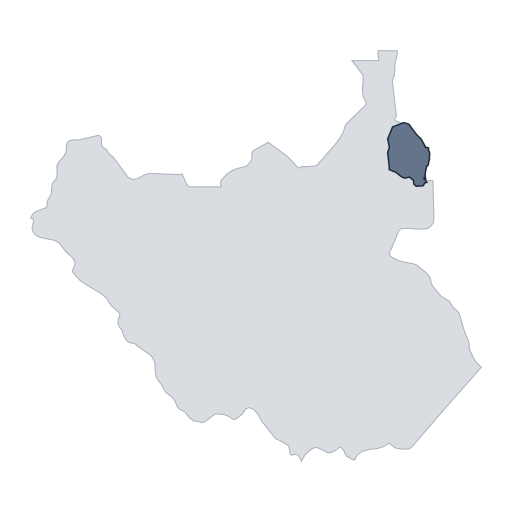 Maban, Upper Nile, South Sudan shown in context
{"feature_id": "79223893B87220542132951", "entity_name": "Maban", "entity_type": "district", "adm_level": 2, "iso_a3": "SSD", "parent_name": "South Sudan", "parent_adm1": "Upper Nile", "projection": "natural_earth1", "projection_center": [33.834, 10.017], "detail": "fine", "context": "in_parent", "style": "filled", "palette": "slate", "viewbox_px": 512, "rotation_deg": 0, "n_neighbors": 0, "source": "geoboundaries", "source_scale": "gbopen_adm2", "svg_char_len": 5233}
<svg xmlns="http://www.w3.org/2000/svg" viewBox="0 0 512 512"><path d="M428.8,427.2L412.3,446.4L411.1,447.5L409.1,449.0L402.4,449.1L395.4,448.1L389.1,443.2L382.6,447.0L378.5,448.2L376.1,448.7L370.3,449.3L362.2,451.3L358.5,453.9L356.6,456.0L354.9,459.7L354.1,460.1L352.6,459.7L350.5,458.2L346.2,456.0L344.0,451.2L342.0,448.3L340.4,446.8L333.5,451.6L330.2,452.7L327.4,452.6L322.5,449.9L317.0,447.6L314.1,447.6L309.9,450.5L305.1,454.7L302.6,459.0L301.4,461.5L299.7,457.6L298.1,455.2L295.8,454.3L291.2,455.2L290.0,453.9L289.8,450.6L289.1,447.5L288.0,445.3L284.4,443.0L275.3,438.4L268.2,429.2L264.7,424.9L262.1,422.1L258.4,414.9L254.3,409.9L249.2,407.6L245.8,408.8L242.4,414.1L235.9,419.1L232.9,419.3L229.1,416.6L224.3,414.6L215.7,413.8L212.1,416.2L207.5,420.0L203.5,422.3L201.1,422.5L198.8,421.6L196.2,421.1L193.9,421.1L189.3,417.6L187.0,415.0L185.4,412.5L182.8,410.8L179.7,409.4L177.6,407.2L176.5,404.5L174.8,400.9L172.6,397.7L165.5,392.0L163.5,388.7L162.0,385.4L159.1,381.7L156.1,376.9L155.1,369.8L155.0,364.0L154.4,361.4L153.1,358.7L151.6,356.5L149.1,354.0L143.4,350.3L137.5,346.0L134.7,343.5L129.3,342.6L126.1,340.2L123.4,334.9L122.3,330.6L119.6,327.2L118.4,324.8L117.8,322.0L120.0,313.6L116.9,310.6L112.2,306.7L108.9,302.4L106.8,298.5L100.9,293.4L87.8,285.7L80.3,280.7L76.2,276.3L72.7,272.0L72.3,270.2L74.7,265.9L75.0,262.3L73.1,258.4L65.4,251.0L59.2,242.9L54.5,240.3L43.1,238.1L39.8,237.2L36.4,235.6L33.1,232.0L32.0,227.7L33.7,220.7L32.6,218.6L30.7,218.0L31.3,216.6L33.4,213.2L37.0,211.0L46.4,207.6L46.9,206.3L47.1,202.0L47.9,199.9L51.2,193.9L51.6,191.5L51.8,186.4L52.3,184.0L53.2,182.3L55.8,179.3L56.7,177.5L57.1,173.6L56.9,165.8L58.2,162.8L64.2,155.7L65.8,152.6L66.4,149.8L66.3,146.9L66.7,144.1L68.5,141.4L70.0,140.5L74.3,139.7L77.3,140.2L98.1,135.4L100.5,136.1L101.6,138.9L101.5,143.5L101.8,145.7L102.9,147.2L106.2,149.4L108.4,153.0L109.7,154.4L113.0,156.8L128.3,177.5L132.6,179.5L136.9,178.8L145.3,174.5L149.5,173.4L178.8,174.6L182.1,174.0L182.3,174.1L186.8,184.5L188.9,186.8L221.1,186.9L220.5,184.0L220.9,180.7L226.6,174.3L227.4,173.6L232.4,170.5L237.3,168.5L246.6,166.1L250.0,162.4L251.9,158.9L252.0,152.2L253.2,151.0L255.5,149.5L266.3,143.4L268.1,142.2L287.2,156.2L297.8,167.3L298.5,167.9L299.0,168.1L299.6,167.7L300.1,167.2L301.4,166.7L306.0,166.6L314.6,166.0L317.5,164.7L334.9,144.8L339.4,138.5L340.5,137.2L343.0,132.7L345.7,124.9L346.2,124.0L365.3,105.4L366.0,103.9L366.1,102.8L363.3,96.5L362.7,93.3L362.5,88.4L363.1,80.8L362.9,76.0L362.7,74.7L362.5,74.4L351.9,60.7L378.8,60.6L378.8,58.8L378.7,58.3L378.2,56.7L377.9,54.5L377.9,53.3L378.1,52.1L378.1,51.5L378.0,51.0L378.1,50.7L397.4,50.8L397.2,54.7L394.8,63.8L394.9,69.2L394.3,75.5L393.7,77.3L392.7,78.9L392.3,79.6L392.3,80.3L396.3,115.2L396.0,116.6L394.9,118.8L394.7,119.5L394.6,120.1L395.0,120.5L403.9,124.2L404.4,124.5L404.7,124.8L407.9,129.3L425.4,145.9L426.0,146.7L427.8,151.9L428.0,152.7L428.1,153.9L428.1,154.9L427.6,158.0L427.8,159.4L428.1,160.3L428.3,161.4L428.3,161.7L428.1,162.5L425.5,168.5L424.7,172.8L424.4,176.4L424.6,178.5L424.9,179.8L425.1,180.3L425.4,180.5L432.9,180.6L432.9,182.5L433.9,214.0L433.9,217.5L433.6,222.0L432.7,223.7L430.6,226.2L427.9,228.5L421.1,229.1L415.4,229.0L411.4,228.5L405.9,228.3L400.7,228.8L398.8,230.7L391.9,247.5L389.8,251.6L389.2,254.1L389.9,255.5L392.5,257.7L398.4,260.6L405.2,262.4L410.2,263.1L413.6,263.9L416.3,264.8L425.8,272.4L428.9,276.0L430.6,279.1L431.0,282.4L432.4,285.8L441.1,296.3L449.4,301.2L452.6,306.8L455.7,309.5L458.6,312.4L460.2,316.7L463.8,329.3L466.2,335.9L468.7,341.3L469.7,350.1L471.7,354.0L473.7,358.8L477.1,363.2L480.6,366.5L481.3,367.3L445.2,408.3L428.8,427.2Z" fill="#d9dde1" stroke="#a8b0b8" stroke-width="1"/><path d="M425.7,178.8L425.7,178.6L425.5,178.1L425.2,176.6L425.2,176.3L425.3,175.3L425.2,174.9L425.2,174.2L425.2,173.9L425.3,173.4L425.2,172.9L425.3,172.7L425.4,172.4L425.5,171.9L425.6,171.2L425.6,170.8L425.7,170.3L425.8,170.0L426.0,169.4L426.1,169.1L426.1,168.8L426.2,168.5L426.3,168.0L426.4,167.5L426.4,167.2L426.4,166.9L426.5,166.7L426.6,166.4L426.7,166.2L426.9,166.2L427.1,166.1L427.3,165.9L427.5,165.9L427.8,165.5L427.9,165.3L427.9,165.2L428.0,164.9L428.2,164.7L428.4,164.4L428.5,164.0L428.4,163.5L428.5,163.2L428.5,162.9L428.6,162.4L428.7,162.0L428.8,161.7L428.9,161.4L428.8,161.1L428.9,160.9L429.0,160.7L429.1,160.4L429.3,160.0L429.5,159.4L429.5,158.9L429.5,158.5L429.4,158.3L429.4,158.0L429.4,157.6L429.4,157.3L429.3,157.1L429.3,156.9L429.3,156.6L429.4,156.3L429.5,155.8L429.7,155.5L429.8,155.2L429.8,154.9L429.6,154.2L429.5,153.8L429.5,153.2L429.5,152.9L429.6,152.6L429.6,152.3L429.3,151.7L429.1,151.5L428.8,151.2L428.6,150.8L428.6,150.6L428.6,150.0L428.5,149.6L428.4,149.3L428.5,148.9L428.6,148.6L428.6,148.2L428.4,148.0L428.1,147.7L427.8,147.6L427.4,147.6L427.0,147.5L426.7,147.5L426.3,147.6L426.0,147.6L425.8,147.6L425.7,147.4L425.5,147.2L425.4,147.0L425.1,146.3L424.3,144.8L424.0,144.2L421.9,140.3L421.4,139.3L420.4,138.3L418.8,136.8L416.5,134.5L411.0,127.1L408.9,124.2L407.6,123.8L403.9,122.6L392.6,126.9L387.7,138.9L389.4,147.4L387.6,152.4L389.2,166.0L389.2,169.6L396.0,172.4L401.4,176.7L404.6,178.1L409.6,177.1L413.4,180.4L414.0,184.3L416.2,186.3L423.3,185.7L424.7,182.9L426.9,182.4L423.8,178.2L424.1,177.8L425.7,178.8Z" fill="#64748b" stroke="#1e293b" stroke-width="1.5"/></svg>